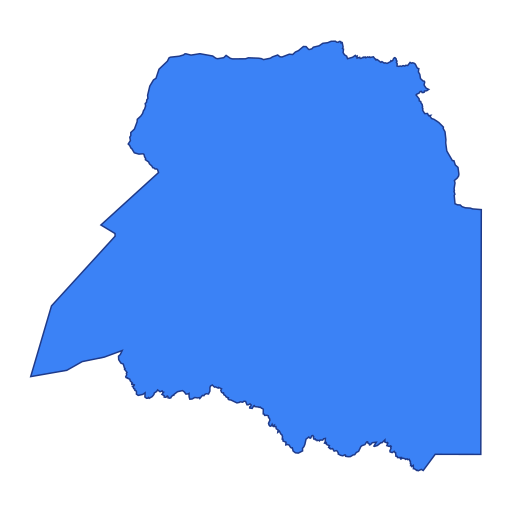 outline of Andalgalá, Catamarca, Argentina, rotated 270°
{"feature_id": "61730980B92024748366562", "entity_name": "Andalgalá", "entity_type": "district", "adm_level": 2, "iso_a3": "ARG", "parent_name": "Argentina", "parent_adm1": "Catamarca", "projection": "orthographic", "projection_center": [-66.355, -27.481], "detail": "fine", "context": "isolated", "style": "filled", "palette": "blue", "viewbox_px": 512, "rotation_deg": 270, "n_neighbors": 0, "source": "geoboundaries", "source_scale": "gbopen_adm2", "svg_char_len": 6013}
<svg xmlns="http://www.w3.org/2000/svg" viewBox="0 0 512 512"><g transform="rotate(270 256 256)"><path d="M135.4,30.7L141.7,66.8L150.4,82.2L154.9,104.3L161.5,122.2L157.5,120.3L155.8,118.5L152.3,118.7L148.9,120.9L147.9,123.3L144.1,124.4L143.6,125.0L142.8,124.5L139.6,127.0L138.7,126.4L137.2,126.7L135.2,125.7L134.4,126.1L134.0,127.1L134.2,127.6L133.6,127.8L132.8,129.8L131.2,130.2L128.9,132.4L128.3,131.7L127.5,131.8L127.2,134.3L126.4,134.1L125.4,132.6L124.9,133.3L123.4,133.7L123.0,134.8L121.6,134.9L121.2,136.0L120.2,136.5L117.9,136.4L116.6,138.2L117.6,142.8L119.2,145.1L115.0,144.9L113.7,146.6L113.8,147.8L114.5,148.5L113.7,149.2L115.4,152.2L117.5,153.9L119.0,154.3L120.5,156.6L122.1,157.6L120.2,160.1L121.1,162.1L120.1,162.6L119.8,163.6L117.6,161.9L116.4,164.1L114.9,164.2L114.7,165.9L116.0,167.2L115.6,167.9L114.2,168.0L113.8,169.7L114.2,170.9L115.4,171.4L116.7,172.9L116.7,173.8L117.4,173.8L120.3,177.5L121.4,182.5L120.1,184.3L117.9,185.9L118.1,188.1L118.6,189.0L115.2,189.1L112.8,189.8L113.0,192.1L114.5,194.8L114.1,197.8L114.4,199.3L113.5,199.8L116.6,202.4L116.3,203.9L117.5,204.7L118.3,206.2L118.0,208.5L120.9,209.9L124.4,209.9L126.0,210.5L127.0,212.3L124.9,214.5L125.2,215.3L123.9,218.2L124.6,218.6L123.2,221.6L121.7,220.8L119.8,221.5L118.9,222.9L119.1,223.5L117.2,223.9L116.5,225.3L115.0,226.2L114.2,228.4L113.2,228.0L112.3,228.9L112.0,230.9L109.1,236.9L109.6,239.4L110.2,240.1L109.8,242.7L110.8,244.0L110.6,245.6L107.2,247.0L107.2,248.2L108.1,250.0L107.2,251.1L106.4,251.1L104.9,249.7L104.0,249.7L103.6,252.2L106.1,253.7L106.4,254.3L105.4,254.9L105.0,258.6L104.6,259.1L104.9,260.3L103.8,261.4L103.3,262.8L102.5,263.3L98.1,263.2L97.7,264.3L96.6,264.6L96.7,266.9L96.2,268.3L94.3,268.6L93.6,269.5L91.8,269.9L88.7,268.5L87.0,269.0L85.9,269.9L85.8,270.6L86.2,271.3L87.7,272.1L86.1,272.7L86.9,274.3L85.5,273.9L85.5,275.9L83.3,276.2L82.0,278.1L79.7,277.8L80.9,279.4L78.0,280.8L77.3,281.8L75.4,282.5L72.9,282.2L72.8,283.0L71.0,283.0L69.8,286.0L67.1,285.8L67.5,287.3L67.0,289.1L64.7,290.5L64.1,291.3L64.2,292.3L61.0,293.1L59.2,295.4L58.9,298.3L61.1,302.6L63.7,302.5L65.3,303.9L67.7,304.9L72.8,306.0L75.0,308.8L74.1,309.5L73.9,310.6L76.3,311.9L76.5,312.8L75.2,313.7L74.3,313.4L72.9,313.9L73.1,315.2L72.2,315.4L72.0,316.9L71.4,317.0L71.7,319.5L71.3,319.6L72.0,320.3L71.9,322.7L73.2,323.6L73.6,325.4L70.3,325.2L68.9,324.5L68.8,325.0L69.6,326.0L68.9,326.5L68.3,326.0L67.2,327.1L66.4,329.4L64.6,328.6L64.2,329.5L63.6,329.6L63.7,330.3L63.0,330.8L63.4,332.6L60.9,334.1L61.4,336.3L60.9,337.2L59.0,338.3L58.0,338.2L56.7,340.6L56.2,342.8L57.2,344.9L56.9,345.5L55.7,345.6L55.3,348.2L55.4,350.4L57.1,353.2L57.3,354.7L59.5,356.3L60.7,358.6L65.5,360.9L66.4,362.1L67.4,364.9L70.1,366.7L70.2,367.6L69.0,367.8L68.3,369.1L67.1,369.5L67.4,370.5L69.3,372.3L69.8,376.3L65.9,373.9L65.6,374.4L66.5,377.4L69.4,381.0L69.2,381.9L72.1,384.9L70.0,384.8L69.1,386.9L69.5,387.4L68.9,387.9L66.4,386.8L65.6,389.1L66.2,390.7L65.4,391.2L65.1,390.6L63.6,391.0L61.2,389.9L60.1,390.1L59.4,392.2L60.7,394.2L59.4,395.0L59.3,395.6L55.8,395.9L55.6,397.2L54.4,397.5L54.5,401.0L53.5,400.4L52.9,400.9L53.9,402.5L53.3,405.0L52.6,405.5L53.2,407.1L52.4,407.6L52.7,409.3L51.1,409.8L50.8,410.4L48.3,410.4L47.9,411.0L46.4,410.6L46.3,411.6L45.6,411.7L46.6,413.3L43.3,413.4L43.4,414.2L41.6,416.7L41.9,417.0L41.2,418.1L42.6,421.3L41.5,423.2L57.7,435.2L57.6,480.8L302.4,481.3L303.1,472.6L303.9,470.3L304.2,465.3L305.4,461.9L307.0,460.3L307.2,457.4L308.3,455.0L316.7,454.2L317.7,454.9L320.7,454.0L321.2,454.4L323.3,454.1L329.0,455.0L331.5,454.4L333.9,457.2L336.0,458.6L337.9,458.9L344.6,458.0L347.0,455.3L351.3,453.9L351.4,452.4L361.0,446.8L369.1,445.7L372.3,445.9L380.2,445.0L383.5,443.2L384.9,443.4L389.5,438.8L392.7,434.0L393.5,431.6L395.7,430.0L396.6,430.7L396.3,428.6L398.5,427.5L398.4,424.7L401.8,422.6L403.2,422.9L404.2,422.3L405.1,422.6L407.7,422.1L408.9,421.1L410.5,420.7L411.1,419.3L413.2,419.1L417.0,416.1L417.6,416.4L419.0,419.2L420.4,420.1L420.6,421.4L419.4,422.2L419.5,423.5L419.9,424.3L420.9,424.4L421.3,426.8L422.6,428.7L423.8,426.2L426.2,424.5L427.2,424.1L429.9,424.7L430.8,424.3L431.0,423.1L433.4,420.5L437.6,419.8L440.1,418.4L443.4,418.8L443.7,417.6L444.4,417.0L447.9,415.3L448.9,413.9L449.2,412.3L448.8,411.4L449.6,410.1L446.5,407.7L446.7,405.7L445.9,404.8L446.4,403.1L445.6,401.4L446.0,400.2L445.6,399.0L445.8,397.7L446.0,397.0L448.3,397.2L449.5,396.4L450.9,397.0L451.3,396.4L453.2,396.1L454.3,395.0L454.3,394.4L453.3,393.5L451.5,392.7L451.0,391.8L451.3,390.9L450.5,390.8L448.6,387.1L449.2,385.1L448.9,384.2L450.4,381.9L449.6,380.9L452.4,377.3L452.0,376.0L453.0,375.7L453.1,375.0L455.2,373.4L454.5,370.1L455.1,369.7L454.7,368.7L455.1,367.6L454.2,365.8L455.1,365.1L454.4,363.8L454.9,363.3L453.7,361.4L453.6,360.2L454.7,359.7L453.9,357.1L456.0,357.1L455.5,356.1L456.6,355.3L454.7,352.5L453.3,347.5L455.8,346.7L457.2,344.5L459.4,343.1L462.9,343.5L463.5,342.5L465.0,343.1L469.4,342.2L469.1,341.0L470.4,340.8L470.6,339.4L469.7,338.2L469.8,336.7L470.8,335.4L470.7,331.1L469.3,327.7L468.7,322.8L466.2,319.1L464.8,313.3L463.2,311.9L462.5,309.5L462.6,308.6L465.4,306.1L465.5,303.4L461.4,298.5L460.0,295.4L457.5,292.7L457.8,289.3L455.0,282.0L455.2,280.0L457.0,277.7L455.1,272.4L453.8,270.4L452.4,263.5L453.4,261.3L453.8,258.7L454.2,248.3L453.2,245.5L453.1,232.5L453.7,230.3L456.6,226.1L454.3,223.7L453.3,217.6L453.7,215.9L456.0,212.7L458.3,199.9L456.9,191.0L458.2,185.9L458.1,184.8L457.1,183.6L455.8,179.3L454.8,170.3L454.1,169.0L450.8,167.4L442.8,159.0L433.7,156.0L432.1,153.5L425.9,149.8L416.7,147.6L413.5,147.9L412.2,146.8L409.6,146.5L408.5,145.2L406.0,145.6L402.4,144.4L401.7,143.6L398.5,142.6L395.9,140.8L392.7,137.3L390.2,137.1L382.9,134.4L379.5,130.8L376.4,130.8L374.8,129.8L371.4,130.4L368.0,128.2L366.6,129.6L363.8,131.0L363.3,131.8L359.2,134.3L357.9,138.9L358.2,143.0L357.6,144.0L355.1,144.6L353.6,145.6L352.3,145.4L350.0,148.7L348.2,149.4L345.8,152.0L344.3,152.7L344.1,153.9L343.0,155.1L343.1,156.7L342.3,157.6L339.4,158.5L287.0,100.9L278.5,115.0L275.8,115.1L206.1,51.5L135.4,30.7Z" fill="#3b82f6" stroke="#1e3a8a" stroke-width="1.5"/></g></svg>